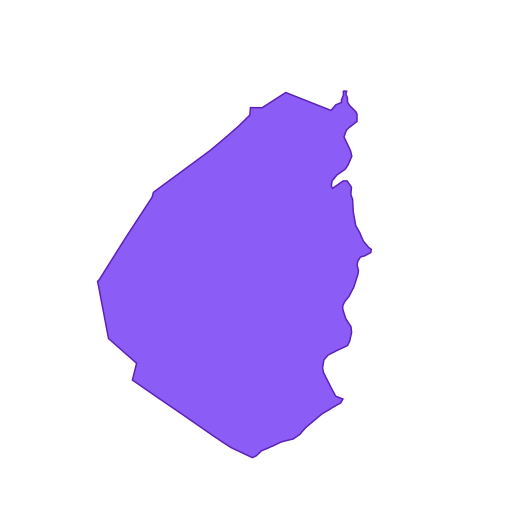 outline of Abu Hujar, Sennar, Sudan, rotated 23°
{"feature_id": "16777658B38113510529879", "entity_name": "Abu Hujar", "entity_type": "district", "adm_level": 2, "iso_a3": "SDN", "parent_name": "Sudan", "parent_adm1": "Sennar", "projection": "robinson", "projection_center": [34.02, 12.663], "detail": "fine", "context": "isolated", "style": "filled", "palette": "violet", "viewbox_px": 512, "rotation_deg": 23, "n_neighbors": 0, "source": "geoboundaries", "source_scale": "gbopen_adm2", "svg_char_len": 1628}
<svg xmlns="http://www.w3.org/2000/svg" viewBox="0 0 512 512"><g transform="rotate(23 256 256)"><path d="M391.9,353.7L391.7,353.7L391.3,353.7L384.1,353.9L376.3,347.6L363.7,336.9L361.1,333.1L360.1,329.4L359.1,325.1L361.0,319.1L367.3,311.5L375.2,302.7L375.5,297.7L373.9,289.0L371.1,284.0L363.1,278.6L356.7,271.1L355.3,267.9L355.5,263.3L357.4,256.5L358.2,246.5L357.7,240.9L357.0,233.2L356.0,229.3L352.6,224.9L351.7,221.0L352.6,216.0L356.0,213.4L360.3,208.0L359.6,204.9L356.4,204.1L348.9,200.3L342.4,194.0L335.9,189.0L328.2,177.2L323.9,168.4L322.9,166.3L319.3,162.3L317.0,155.4L310.6,151.3L306.9,152.8L300.1,163.7L298.0,162.3L296.7,157.2L298.8,149.9L304.2,141.2L305.2,136.0L305.2,126.7L301.9,122.2L293.7,114.9L290.5,112.0L290.0,105.0L291.4,101.6L296.4,92.7L293.5,85.9L291.5,84.2L283.5,80.9L280.2,78.7L278.5,75.0L277.5,73.7L276.2,72.7L275.3,71.4L275.1,69.0L273.5,69.3L272.0,70.2L273.6,73.7L273.7,79.2L274.7,81.3L270.4,85.6L268.2,92.7L219.5,93.9L203.7,117.1L192.9,121.6L195.3,128.6L188.8,144.2L179.9,162.4L172.2,177.4L158.5,200.6L142.0,228.4L136.7,237.5L137.4,242.5L136.1,249.6L128.7,290.9L120.9,339.4L120.1,341.2L132.3,359.4L152.5,389.6L188.0,401.4L190.7,418.5L221.2,424.8L256.5,431.9L288.1,438.5L290.4,438.9L301.5,441.0L307.8,442.1L323.1,442.7L325.4,442.8L331.5,443.0L334.3,439.8L334.4,439.6L335.1,438.0L337.1,433.2L341.8,428.4L344.6,425.4L346.3,423.7L351.3,417.9L352.7,416.7L354.4,415.3L361.6,410.0L361.8,409.8L366.1,402.9L366.9,400.2L369.1,393.9L370.7,390.8L373.1,386.0L374.1,384.0L378.6,375.2L379.8,373.7L384.3,367.6L384.6,367.1L385.8,365.4L391.4,358.0L391.9,353.7Z" fill="#8b5cf6" stroke="#5b21b6" stroke-width="1.5"/></g></svg>